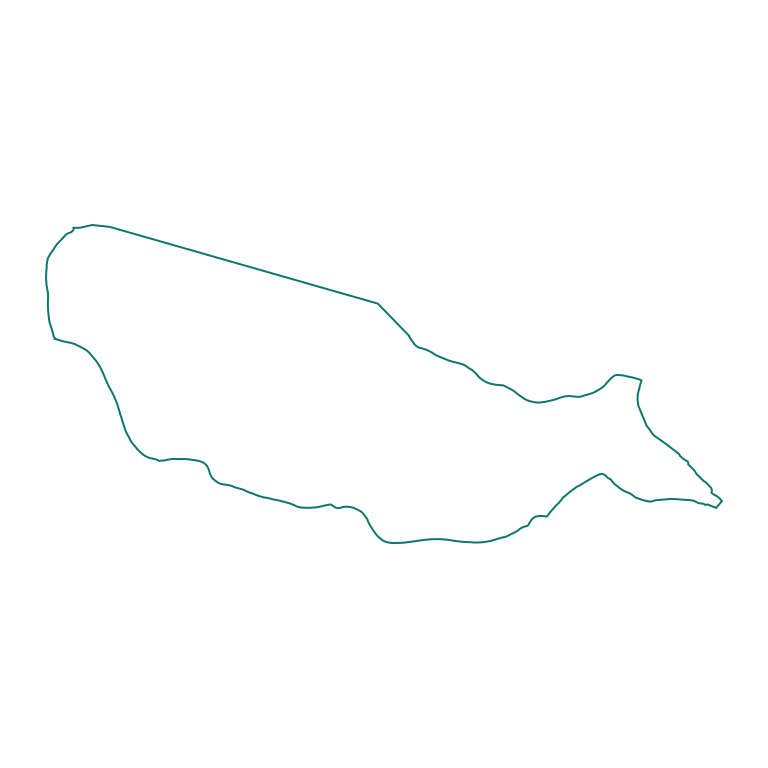 the district of Cazuca, Micoud, Saint Lucia
{"feature_id": "8701671B6383069893931", "entity_name": "Cazuca", "entity_type": "district", "adm_level": 2, "iso_a3": "LCA", "parent_name": "Saint Lucia", "parent_adm1": "Micoud", "projection": "albers", "projection_center": [-60.905, 13.8], "detail": "fine", "context": "isolated", "style": "outline", "palette": "teal", "viewbox_px": 768, "rotation_deg": 0, "n_neighbors": 0, "source": "geoboundaries", "source_scale": "gbopen_adm2", "svg_char_len": 6029}
<svg xmlns="http://www.w3.org/2000/svg" viewBox="0 0 768 768"><path d="M54.9,338.9L57.8,339.6L59.1,340.0L60.4,340.5L63.2,341.4L63.7,341.4L64.6,341.6L66.6,342.1L69.1,342.5L70.9,342.9L72.7,343.5L74.2,343.9L75.9,344.6L77.9,345.6L81.7,347.5L85.7,349.8L87.0,350.7L88.2,351.7L89.4,352.9L90.8,354.5L92.0,356.2L94.8,359.2L95.5,360.1L97.0,362.2L98.9,365.0L100.5,367.9L103.1,373.2L104.4,376.5L105.4,378.9L108.9,386.6L109.7,388.0L112.1,392.4L113.6,395.3L114.0,396.3L114.9,398.3L116.2,401.4L117.8,405.8L118.5,408.4L118.9,409.5L120.4,414.9L120.8,416.0L121.1,416.7L123.3,423.9L124.5,427.4L125.2,429.6L125.7,431.0L126.4,432.5L127.7,435.1L129.0,437.2L130.1,439.7L131.1,441.5L133.1,444.1L134.0,445.2L135.6,447.0L136.7,448.4L138.4,450.3L139.5,451.3L140.3,452.1L142.4,454.0L144.7,455.7L145.6,456.3L146.9,456.9L149.1,457.8L150.4,458.2L152.1,458.5L153.3,458.8L154.3,459.0L156.1,459.4L159.6,461.0L160.7,460.6L163.1,460.6L164.6,460.4L166.8,459.9L169.2,459.5L171.6,459.1L172.6,459.0L174.7,458.9L176.7,459.1L185.2,459.0L185.8,459.1L186.2,459.1L188.6,459.3L193.0,460.0L194.5,460.2L197.3,460.6L199.8,461.2L200.4,461.4L201.9,462.0L203.3,462.7L205.1,463.9L205.6,464.4L206.4,465.1L207.1,466.1L207.6,467.0L208.1,468.0L208.7,469.4L210.0,473.7L210.5,474.8L211.2,476.3L212.0,477.6L212.6,478.4L213.3,479.1L214.8,480.3L217.5,482.3L219.3,483.3L220.5,483.8L222.3,484.3L224.3,484.5L224.8,484.6L227.6,485.0L230.2,485.5L231.8,486.0L233.8,486.9L235.7,487.5L241.7,489.2L242.7,489.5L245.1,490.5L247.8,491.9L248.7,492.2L252.4,493.5L258.3,495.8L260.9,496.6L263.6,497.3L267.7,498.0L273.2,499.4L277.8,500.2L280.7,501.0L286.6,502.5L289.3,503.3L291.0,503.9L293.3,504.8L296.5,506.3L297.5,506.7L298.6,507.0L300.2,507.4L301.9,507.6L307.2,507.8L310.3,507.8L312.9,507.6L316.5,507.3L316.9,507.2L317.6,507.1L320.2,506.6L323.4,505.8L327.3,505.0L330.0,504.5L330.4,504.5L330.9,504.5L335.7,507.7L338.0,508.1L338.9,508.2L339.4,508.1L342.4,507.1L344.7,506.8L347.4,506.7L348.9,506.9L350.0,507.0L351.8,507.4L353.4,507.8L355.4,508.7L358.0,509.9L359.9,510.9L360.7,511.4L362.1,512.4L364.0,514.7L366.3,517.7L366.7,518.3L367.4,519.6L368.1,521.5L368.7,522.8L370.0,525.2L371.7,527.9L374.0,531.5L375.8,534.0L376.7,535.1L377.5,536.0L378.9,537.4L380.1,538.3L382.2,539.9L383.2,540.6L384.5,541.4L385.4,541.7L386.4,542.1L387.9,542.4L389.6,542.7L391.4,542.9L393.1,543.0L400.9,542.9L405.4,542.5L410.6,541.8L413.8,541.4L414.4,541.3L418.8,540.6L424.9,539.9L425.7,539.7L429.6,539.4L431.5,539.2L438.6,539.1L439.7,539.1L442.5,539.3L445.7,539.6L449.4,540.0L453.5,540.7L457.1,541.2L461.3,541.7L463.8,541.9L466.2,542.0L469.6,542.2L470.1,542.2L472.7,542.4L474.8,542.5L477.0,542.5L480.9,542.4L486.9,541.7L487.4,541.5L490.0,541.1L492.6,540.4L498.5,538.6L502.4,537.5L504.8,537.0L505.7,536.9L517.7,530.8L518.1,530.4L519.4,529.3L520.1,528.7L522.3,527.5L523.9,526.8L526.4,526.1L527.6,525.7L528.0,525.5L528.3,525.1L529.3,523.2L530.8,520.9L532.0,519.1L532.4,518.7L533.6,517.8L535.3,516.8L536.4,516.4L539.1,516.0L542.1,516.0L544.1,516.2L544.5,516.3L545.4,516.5L545.9,516.5L547.0,516.4L550.1,512.3L556.1,505.4L558.8,502.9L561.0,500.3L563.2,497.3L565.3,495.8L570.1,491.7L576.7,486.9L579.3,485.6L584.7,482.3L591.0,478.6L596.2,475.8L599.6,474.3L602.2,473.9L604.8,474.9L607.8,477.9L610.4,479.2L613.0,482.2L614.2,483.9L617.8,486.5L619.0,487.7L624.5,491.2L629.7,493.3L632.1,494.8L635.5,497.5L639.6,499.0L643.5,500.3L650.3,501.7L652.4,501.1L656.2,500.2L668.8,499.1L674.1,499.0L680.4,499.5L690.6,500.2L693.5,500.7L697.9,502.8L699.0,503.2L703.7,503.8L705.2,504.9L707.6,504.5L716.1,507.9L721.4,501.8L721.9,501.2L719.3,498.0L716.2,495.8L713.0,494.1L711.5,492.8L711.9,491.1L711.4,488.3L706.4,482.8L703.4,480.8L698.2,475.5L696.6,474.2L694.9,471.2L691.9,467.8L688.3,464.6L688.3,463.1L687.8,461.6L683.2,458.8L680.2,456.1L679.1,454.1L667.4,445.0L659.6,439.4L653.5,435.2L649.5,429.4L646.6,425.7L638.3,405.6L638.0,402.8L637.4,399.4L637.6,398.3L637.7,394.6L639.8,386.2L641.4,380.4L640.2,379.8L638.1,379.1L632.3,377.4L629.9,377.0L627.5,376.4L624.6,375.8L623.9,375.6L621.9,375.3L619.7,375.1L618.2,375.0L616.8,375.0L615.9,375.1L615.4,375.2L614.5,375.6L613.0,376.7L611.4,378.0L610.4,379.0L608.5,381.0L607.2,382.3L604.6,385.4L603.8,386.2L603.0,386.9L601.7,387.9L598.5,389.9L595.7,391.5L593.3,392.7L592.3,393.1L587.5,394.6L584.0,395.6L580.8,396.6L580.1,396.7L579.1,396.9L577.9,396.9L577.0,396.8L573.7,396.4L571.8,396.3L569.8,396.0L568.2,396.0L567.8,396.1L566.2,396.2L563.6,396.7L562.0,397.1L558.6,398.2L553.8,399.9L551.2,400.5L546.2,401.6L544.1,402.0L541.3,402.3L539.2,402.6L537.7,402.6L535.3,402.4L533.9,402.1L532.9,401.9L529.0,400.9L527.4,400.3L526.1,399.8L525.0,399.2L523.8,398.5L522.8,397.8L522.0,397.2L520.1,395.8L517.6,394.0L514.8,391.7L512.9,390.4L511.1,389.3L504.8,386.1L504.0,385.7L503.1,385.4L502.1,385.3L499.5,385.1L497.4,384.9L495.5,384.7L490.6,383.7L489.2,383.3L488.3,383.0L486.3,382.1L484.2,380.9L481.6,379.3L480.0,378.0L478.8,376.8L477.4,375.2L475.8,373.4L474.1,371.8L472.9,370.7L471.7,369.8L470.4,369.0L468.2,367.7L465.4,365.7L463.7,364.7L463.1,364.5L461.4,363.9L452.3,361.6L449.2,360.7L448.1,360.3L444.3,358.7L442.6,358.0L440.9,357.3L437.1,355.7L434.3,354.2L431.9,352.5L430.8,351.9L428.6,350.8L426.2,349.7L424.8,349.2L423.6,348.9L421.9,348.3L420.4,348.0L419.0,347.6L418.4,347.4L417.4,346.8L416.3,345.9L415.8,345.5L414.0,343.7L413.5,342.9L411.8,340.7L410.4,338.5L409.5,337.0L408.9,335.6L377.8,303.6L109.8,226.9L92.1,225.0L80.7,227.6L76.8,227.9L73.5,227.8L73.6,228.3L73.6,228.7L73.5,229.5L73.2,230.1L72.0,231.5L71.2,232.1L70.8,232.3L69.9,232.7L69.5,232.8L68.1,233.3L67.2,233.7L66.8,234.0L65.2,235.4L64.5,236.2L62.1,238.9L60.8,240.2L57.0,244.1L56.1,245.4L55.2,246.7L52.9,250.3L50.0,254.5L48.4,257.3L48.2,257.7L47.6,259.5L47.2,261.0L47.0,262.5L46.7,264.7L46.7,267.5L46.2,272.4L46.2,274.4L46.1,274.9L46.1,276.4L46.1,279.5L46.3,281.3L46.5,284.9L46.7,285.8L47.0,287.8L47.2,288.8L47.3,289.9L47.8,291.9L48.0,293.4L48.1,295.4L48.1,296.6L47.9,302.3L47.9,306.1L48.1,309.3L48.3,312.5L49.1,319.8L49.5,322.0L50.1,324.1L51.0,326.7L52.7,332.2L53.5,335.5L53.7,336.5L54.0,337.0L55.2,338.5L54.9,338.9Z" fill="none" stroke="#0f766e" stroke-width="2"/></svg>